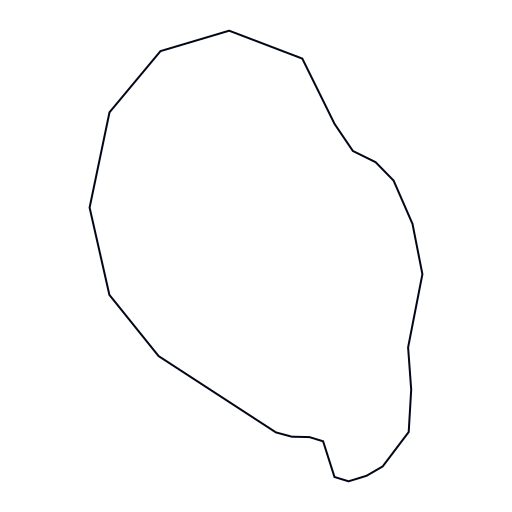 an SVG outline of Camiguin
{"feature_id": "PHL-2590", "entity_name": "Camiguin", "entity_type": "Province", "adm_level": 1, "iso_a3": "PHL", "parent_name": "Philippines", "parent_adm1": "", "projection": "equal_earth", "projection_center": [124.749, 9.164], "detail": "fine", "context": "isolated", "style": "outline", "palette": "ink", "viewbox_px": 512, "rotation_deg": 0, "n_neighbors": 0, "source": "natural_earth", "source_scale": "10m", "svg_char_len": 423}
<svg xmlns="http://www.w3.org/2000/svg" viewBox="0 0 512 512"><path d="M375.6,162.2L393.6,180.6L412.5,223.9L422.4,274.2L408.1,347.4L411.2,389.7L408.7,432.0L382.7,466.4L366.5,475.8L348.5,481.3L334.5,477.0L323.1,441.3L309.4,437.1L291.8,436.7L275.9,432.4L158.6,356.1L109.4,294.9L89.6,207.6L109.5,112.3L160.5,51.1L229.1,30.7L302.3,58.6L334.6,124.0L352.9,151.0L375.6,162.2Z" fill="none" stroke="#020617" stroke-width="2"/></svg>